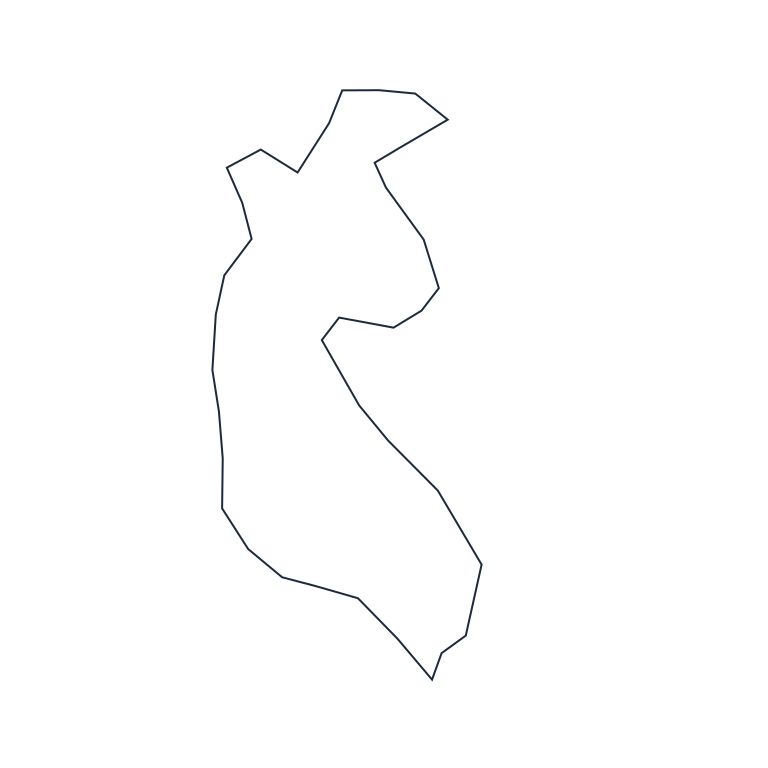 Beïkioï, Cyprus (Robinson projection), rotated 144°
{"feature_id": "46923920B35066056619311", "entity_name": "Beïkioï", "entity_type": "district", "adm_level": 2, "iso_a3": "CYP", "parent_name": "Cyprus", "parent_adm1": "", "projection": "robinson", "projection_center": [33.505, 35.246], "detail": "fine", "context": "isolated", "style": "outline", "palette": "slate", "viewbox_px": 768, "rotation_deg": 144, "n_neighbors": 0, "source": "geoboundaries", "source_scale": "gbopen_adm2", "svg_char_len": 622}
<svg xmlns="http://www.w3.org/2000/svg" viewBox="0 0 768 768"><g transform="rotate(144 384 384)"><path d="M215.3,624.6L245.2,646.1L275.1,627.3L329.6,605.9L345.9,646.1L384.0,651.4L392.2,613.9L405.8,579.2L449.3,565.8L479.3,539.0L514.6,496.2L533.7,458.8L558.2,418.6L588.1,378.5L590.9,330.3L580.0,287.5L558.2,260.8L531.0,226.0L522.8,169.8L518.9,116.6L495.6,132.4L465.7,132.4L411.2,180.5L403.1,266.1L413.9,335.7L416.7,381.2L408.5,456.1L381.3,464.1L343.2,424.0L310.5,421.3L283.3,429.3L267.0,477.5L267.0,541.7L261.5,568.5L231.6,565.8L177.1,560.4L188.0,600.6L215.3,624.6Z" fill="none" stroke="#1e293b" stroke-width="2"/></g></svg>